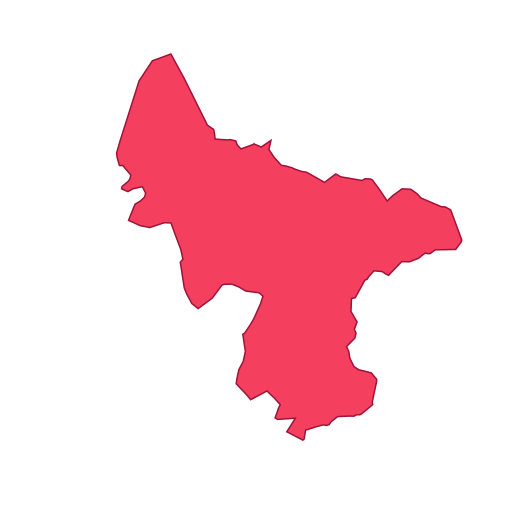 Jaba, Kaduna, Nigeria, rotated 115°
{"feature_id": "59680162B63355484795141", "entity_name": "Jaba", "entity_type": "district", "adm_level": 2, "iso_a3": "NGA", "parent_name": "Nigeria", "parent_adm1": "Kaduna", "projection": "mercator", "projection_center": [8.036, 9.475], "detail": "fine", "context": "isolated", "style": "filled", "palette": "rose", "viewbox_px": 512, "rotation_deg": 115, "n_neighbors": 0, "source": "geoboundaries", "source_scale": "gbopen_adm2", "svg_char_len": 2480}
<svg xmlns="http://www.w3.org/2000/svg" viewBox="0 0 512 512"><g transform="rotate(115 256 256)"><path d="M394.6,170.3L395.0,167.5L386.4,151.8L402.3,153.8L403.1,135.7L401.5,135.0L392.9,137.5L385.4,129.4L380.5,123.5L379.7,120.4L378.1,118.6L374.3,117.8L367.0,114.1L361.7,103.9L359.7,99.4L357.6,98.0L356.1,95.0L354.5,93.6L352.5,92.7L347.5,90.3L341.3,87.4L339.3,88.9L318.2,93.8L316.7,94.6L316.6,94.8L313.7,101.2L313.2,102.4L313.2,102.6L313.6,103.7L313.7,105.3L315.7,114.8L314.9,119.8L315.0,120.1L314.9,120.4L308.8,127.9L303.5,131.4L299.8,135.7L288.6,131.7L283.7,132.7L280.9,135.9L273.1,136.5L266.1,146.5L254.1,151.5L251.9,148.4L231.7,147.1L231.0,146.3L230.3,145.5L227.0,145.1L226.3,144.9L219.6,142.8L216.8,135.1L217.5,130.5L217.5,127.7L199.6,121.6L196.4,114.5L189.6,107.9L182.1,104.1L180.8,100.1L179.9,99.0L174.7,96.2L165.7,77.8L156.9,76.0L155.8,76.2L155.3,76.2L154.6,76.2L132.0,99.0L131.5,105.1L133.0,108.7L133.7,131.1L131.5,136.3L130.1,144.0L133.4,152.0L143.5,157.6L150.7,160.4L143.0,173.2L138.8,181.0L137.8,183.1L137.8,184.7L139.8,189.6L140.2,190.0L142.6,191.7L143.1,193.1L148.4,212.6L147.9,218.4L160.3,225.0L158.7,245.5L159.9,249.7L160.2,251.2L160.5,254.5L160.8,257.3L160.8,261.2L161.0,261.7L161.5,265.0L161.6,266.1L163.1,271.5L158.9,281.3L154.0,289.3L144.9,291.3L155.0,297.3L155.3,304.7L155.1,305.3L156.1,305.7L165.3,314.9L163.6,319.3L162.7,320.6L161.3,321.8L160.3,322.9L160.3,323.1L161.0,326.9L161.7,329.2L162.7,330.5L167.3,342.5L162.6,345.3L159.2,347.9L158.0,355.3L125.5,396.0L108.9,418.5L122.8,432.4L146.5,436.0L209.3,427.8L219.0,426.3L220.7,426.0L221.5,425.9L225.5,423.4L231.7,418.1L231.2,416.6L231.0,416.3L230.2,415.2L235.5,403.7L238.8,403.0L239.8,403.0L240.5,403.0L242.1,403.4L242.7,403.5L249.3,406.7L250.4,406.6L251.9,406.2L251.9,401.5L251.7,399.2L247.4,396.1L247.1,395.9L241.9,389.2L241.3,388.1L245.7,382.6L249.7,381.9L254.7,383.9L255.7,384.5L260.1,387.5L263.3,387.4L277.6,386.6L277.4,373.6L275.1,364.3L266.7,355.4L265.1,353.7L264.4,352.7L262.0,347.0L271.4,337.6L281.9,326.9L289.7,320.9L293.6,322.0L315.3,307.5L319.9,302.5L326.2,294.1L328.1,286.2L312.6,277.8L299.0,275.0L296.6,274.5L295.1,272.8L291.7,266.0L291.3,258.3L292.1,250.5L288.0,237.5L289.5,232.7L297.7,231.7L314.0,231.5L321.2,232.2L330.8,233.7L332.5,234.9L347.0,225.3L355.8,223.3L356.5,223.0L366.3,223.5L376.3,221.2L380.2,219.9L385.8,205.7L388.5,200.1L373.6,189.0L374.5,186.9L377.0,179.3L380.5,171.2L384.6,171.3L385.6,171.2L388.5,170.8L394.6,170.3Z" fill="#f43f5e" stroke="#9f1239" stroke-width="1.5"/></g></svg>